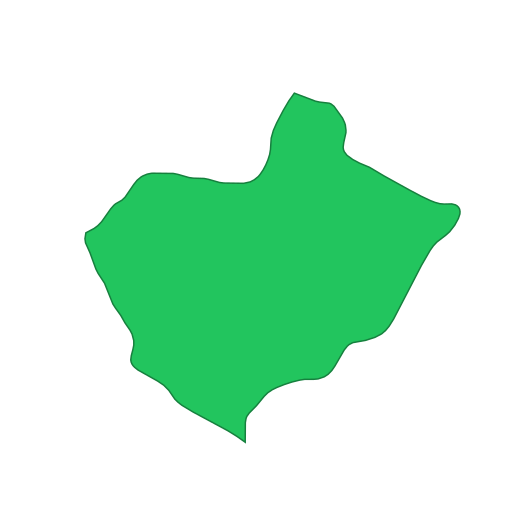 Tamboril, Santiago, Dominican Republic, rotated 208°
{"feature_id": "3306468B8987969858006", "entity_name": "Tamboril", "entity_type": "district", "adm_level": 2, "iso_a3": "DOM", "parent_name": "Dominican Republic", "parent_adm1": "Santiago", "projection": "robinson", "projection_center": [-70.591, 19.492], "detail": "fine", "context": "isolated", "style": "filled", "palette": "green", "viewbox_px": 512, "rotation_deg": 208, "n_neighbors": 0, "source": "geoboundaries", "source_scale": "gbopen_adm2", "svg_char_len": 1857}
<svg xmlns="http://www.w3.org/2000/svg" viewBox="0 0 512 512"><g transform="rotate(208 256 256)"><path d="M417.1,196.6L415.1,190.9L412.7,187.6L404.2,181.0L391.2,169.3L387.2,166.5L377.0,160.9L359.8,146.4L355.7,144.1L347.6,140.1L340.2,135.4L332.3,131.3L328.7,128.8L324.2,123.9L322.1,120.0L320.8,115.7L319.3,109.4L317.8,105.5L316.5,103.8L314.8,102.4L312.9,101.4L310.8,100.7L306.4,99.9L284.1,99.4L276.7,98.6L270.0,96.5L260.4,91.5L255.9,90.2L251.2,89.4L238.2,88.7L199.1,88.5L188.3,87.8L178.1,86.5L187.2,103.9L188.5,107.8L188.8,109.9L188.3,114.0L185.3,124.1L182.9,136.0L181.4,140.8L178.9,145.5L175.8,149.8L170.6,155.9L165.1,161.6L159.2,166.9L155.2,169.9L147.2,174.2L143.5,176.6L139.0,181.4L136.8,185.4L135.3,190.5L134.7,195.8L134.0,214.4L133.1,219.2L132.3,221.4L129.8,225.0L119.7,232.9L112.8,240.0L108.5,246.3L106.6,251.2L105.5,256.6L104.9,265.0L105.5,325.5L104.9,342.6L104.2,348.1L102.8,353.3L98.1,363.7L96.4,368.4L95.0,376.4L94.9,384.1L95.7,388.8L96.7,391.0L98.2,392.9L100.0,394.1L102.0,394.7L103.9,394.8L107.6,393.9L114.2,390.2L118.2,388.5L123.0,387.4L128.0,386.8L138.5,386.3L151.6,386.3L180.5,386.8L197.5,387.6L208.2,386.6L215.8,386.6L222.9,387.6L227.0,389.5L228.7,391.0L230.1,392.9L231.8,397.4L234.5,407.1L235.7,409.4L238.7,413.7L240.6,415.5L244.4,418.4L257.4,424.8L261.2,425.5L263.1,425.3L272.0,421.8L276.3,420.6L298.6,417.8L299.8,408.5L300.3,397.3L300.2,383.2L299.6,375.0L297.9,367.2L293.2,356.8L291.6,352.0L290.6,346.5L290.1,341.0L290.1,335.4L290.7,329.9L291.3,327.2L293.3,322.5L295.9,318.7L301.0,314.4L318.5,305.4L322.7,303.8L333.9,301.4L338.2,300.1L347.9,295.3L352.0,293.8L363.3,291.4L367.7,290.1L385.1,281.1L387.1,280.0L390.5,277.2L393.4,273.7L394.6,271.8L396.5,267.1L397.5,261.9L399.2,246.5L400.6,242.3L404.5,236.1L405.3,234.1L406.4,229.5L408.4,213.7L409.9,208.5L411.9,204.3L417.1,196.6Z" fill="#22c55e" stroke="#15803d" stroke-width="1.5"/></g></svg>